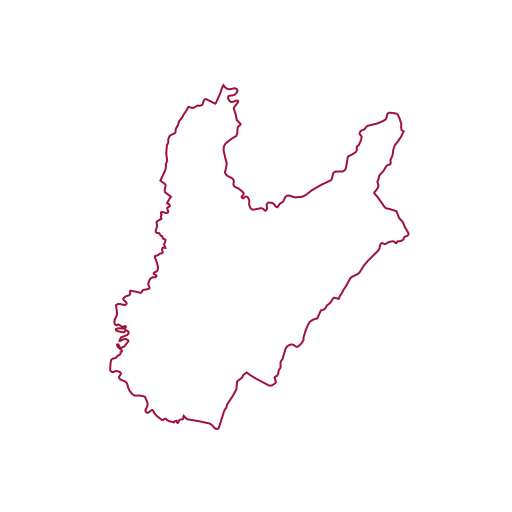 the district of Krong A Na, Đắk Lắk, Vietnam, rotated 115°
{"feature_id": "81297802B38165084831058", "entity_name": "Krong A Na", "entity_type": "district", "adm_level": 2, "iso_a3": "VNM", "parent_name": "Vietnam", "parent_adm1": "Đắk Lắk", "projection": "orthographic", "projection_center": [108.03, 12.494], "detail": "fine", "context": "isolated", "style": "outline", "palette": "rose", "viewbox_px": 512, "rotation_deg": 115, "n_neighbors": 0, "source": "geoboundaries", "source_scale": "gbopen_adm2", "svg_char_len": 6140}
<svg xmlns="http://www.w3.org/2000/svg" viewBox="0 0 512 512"><g transform="rotate(115 256 256)"><path d="M80.6,174.9L80.6,176.5L80.2,177.4L77.8,179.0L74.9,180.1L70.5,184.2L68.3,186.8L67.6,188.5L68.0,190.6L69.5,195.1L70.1,196.1L70.9,196.7L72.0,196.9L75.7,196.1L77.5,196.2L80.0,197.9L85.0,202.5L90.6,209.6L92.0,210.5L95.4,211.3L98.1,213.7L98.9,214.0L100.3,214.1L101.5,213.8L102.0,213.1L102.3,212.0L103.5,210.5L106.6,209.8L112.1,209.7L113.8,210.7L114.9,210.8L117.0,209.4L119.5,209.4L123.1,211.6L126.5,214.4L127.7,214.6L137.9,211.7L140.5,211.7L142.7,213.1L145.9,219.7L146.8,220.4L147.9,220.9L149.2,220.9L154.7,219.8L155.9,220.3L164.0,227.0L172.9,233.2L179.3,236.4L182.1,238.5L183.4,240.2L186.3,245.2L187.2,251.5L188.4,253.6L190.8,254.5L194.5,254.3L195.5,254.5L198.6,256.5L202.7,257.1L202.9,258.2L202.7,259.4L201.4,261.4L201.1,263.0L201.2,264.2L202.3,267.3L203.1,267.8L204.5,268.1L205.5,267.9L206.9,266.7L208.3,266.0L210.5,266.1L210.9,266.5L211.0,267.4L210.4,268.9L210.3,271.4L214.9,277.6L215.4,278.7L215.2,280.8L213.7,282.6L212.0,284.2L209.7,284.9L208.2,285.8L206.8,287.4L206.2,288.5L206.1,289.6L206.6,290.7L207.5,291.3L208.9,291.7L209.3,292.4L209.1,293.4L208.3,294.1L205.9,293.4L204.3,293.7L203.7,294.7L202.3,299.9L202.1,300.9L202.4,303.8L201.9,305.4L200.8,306.7L197.5,307.7L196.2,309.1L195.6,311.2L195.4,315.7L195.0,317.3L193.9,319.0L192.9,319.6L188.2,320.5L184.1,321.8L181.0,324.6L174.5,329.6L172.6,330.7L169.9,331.4L167.2,331.2L164.3,329.9L159.8,327.5L155.5,324.6L152.6,324.9L147.4,326.9L146.4,326.9L143.7,325.6L143.0,325.8L142.6,326.3L140.9,330.9L136.3,334.2L132.0,338.3L130.8,338.8L125.0,337.4L123.9,337.3L123.1,337.7L123.0,338.3L123.4,339.4L125.9,341.9L127.0,343.7L126.4,346.1L124.6,348.2L122.7,348.5L122.4,348.3L119.7,344.3L118.7,343.4L115.3,342.4L113.5,342.9L112.9,343.8L112.9,346.2L115.9,350.1L116.5,351.4L116.6,353.4L116.2,355.5L115.0,357.7L118.7,357.8L123.1,357.2L134.2,357.0L135.2,357.4L134.9,367.0L135.2,368.1L135.8,368.8L136.6,369.0L141.3,368.5L142.5,369.2L143.8,370.8L144.3,372.5L148.1,375.2L148.8,376.5L149.4,380.3L153.1,380.5L158.7,381.4L161.0,381.4L166.6,382.7L170.1,382.0L174.3,382.4L176.0,382.1L177.5,381.3L179.0,381.4L182.4,384.4L184.0,385.0L187.1,384.9L190.4,383.4L193.1,383.6L201.0,380.7L207.2,376.7L210.8,376.6L213.5,375.2L216.3,374.5L228.1,374.5L229.4,368.5L230.2,367.7L235.0,366.6L236.5,365.6L237.0,364.0L238.2,358.1L239.8,358.5L245.7,358.9L246.1,355.9L247.2,355.1L249.9,356.8L251.4,355.8L252.7,354.3L253.8,354.2L255.0,355.5L255.8,360.0L256.6,360.5L257.7,360.1L258.3,359.1L259.6,359.1L261.1,358.6L262.2,357.4L266.7,360.5L267.5,360.3L269.5,358.9L271.6,358.1L275.3,357.6L276.3,357.1L277.0,355.8L276.3,353.3L277.8,351.0L277.7,349.5L279.5,347.7L279.4,345.0L280.4,344.5L284.4,344.2L286.9,341.6L288.0,344.1L290.1,343.9L291.6,342.3L293.0,342.1L294.8,344.4L296.5,345.0L298.8,347.5L300.3,346.8L303.1,343.7L307.1,340.3L309.6,339.3L311.7,339.3L313.7,341.0L314.9,341.5L315.5,341.0L315.6,338.2L316.4,337.7L317.9,338.2L319.0,340.9L321.8,342.3L324.9,342.3L327.4,341.7L328.9,339.7L330.1,339.0L331.2,339.4L334.5,343.9L335.8,344.4L337.3,344.4L338.1,344.9L340.3,354.8L341.1,355.3L343.6,354.0L345.1,354.2L347.4,356.8L350.4,358.4L351.3,358.1L352.2,356.3L352.9,353.8L354.0,353.1L355.2,353.5L356.3,355.3L356.8,358.3L357.6,360.6L359.7,362.1L366.3,357.9L368.8,357.0L373.5,357.2L375.8,356.4L377.2,355.3L377.9,354.1L377.4,352.8L376.5,352.3L376.2,351.0L376.8,347.1L376.4,346.4L375.2,345.7L374.8,345.0L375.0,344.1L375.6,343.9L377.5,344.3L379.2,349.3L380.3,351.1L381.7,352.0L382.6,351.3L382.3,348.2L381.1,343.8L380.5,343.1L378.6,342.9L378.2,342.5L378.4,340.0L379.0,339.1L380.1,338.8L382.0,339.3L386.9,344.0L390.6,343.9L390.5,343.2L387.8,341.4L386.3,339.0L386.3,336.7L387.2,335.6L393.6,337.1L396.3,339.4L396.4,340.5L396.0,341.4L394.4,343.2L394.4,343.9L395.0,344.4L395.6,344.3L396.9,342.7L398.1,337.9L398.7,337.3L399.5,337.3L400.5,338.1L402.0,337.5L402.9,337.7L405.6,339.5L407.4,339.9L409.5,342.3L411.2,343.3L414.4,342.6L420.8,340.1L421.5,339.4L422.0,338.3L421.8,336.5L419.6,334.6L418.9,332.9L418.7,330.0L419.1,329.2L419.9,328.7L423.6,329.0L424.3,328.6L425.2,327.0L425.1,322.1L425.3,320.3L426.3,318.7L429.4,316.2L431.6,313.6L433.5,309.6L433.8,306.8L431.7,302.7L430.6,298.6L430.6,297.1L434.5,292.7L436.4,291.4L437.9,291.1L442.5,291.1L444.0,289.7L444.0,288.0L443.2,287.2L440.5,285.9L439.6,285.1L439.3,284.5L441.2,281.9L442.8,278.7L444.4,271.9L444.1,271.0L442.4,270.2L441.6,269.1L442.3,267.1L442.4,265.2L442.3,263.8L441.5,261.2L441.6,260.1L439.7,259.5L439.0,258.5L439.1,257.6L440.2,257.4L440.5,256.5L439.8,256.2L437.3,256.2L436.4,255.6L434.8,253.5L433.8,253.2L432.2,254.0L431.4,254.0L432.7,250.7L432.9,248.9L429.8,237.7L427.4,227.1L428.3,222.9L429.3,221.4L429.6,219.5L428.8,217.5L427.4,217.1L412.0,219.1L408.6,219.4L406.1,218.8L402.9,219.4L392.4,217.9L385.2,217.4L378.4,219.9L377.0,219.9L373.3,217.8L372.1,217.3L369.0,217.2L365.4,215.1L366.4,211.1L367.2,203.5L367.9,189.4L366.9,187.2L364.5,185.5L362.7,184.7L361.5,184.8L358.6,187.7L357.4,187.7L355.7,186.3L353.2,186.1L351.0,186.9L349.4,187.0L346.8,186.6L342.0,188.8L340.0,188.9L338.4,188.4L328.1,190.0L325.3,189.8L323.0,188.6L321.1,186.4L320.7,184.6L321.2,181.9L321.1,180.5L319.5,179.2L316.3,178.0L312.2,177.4L310.3,178.4L302.7,179.5L296.7,179.8L292.8,179.4L289.7,177.5L286.6,174.1L278.0,174.2L275.7,171.8L274.2,171.1L270.8,170.8L267.5,169.1L265.9,168.7L262.6,168.4L260.8,167.6L259.8,162.8L256.6,163.1L253.2,162.5L250.4,162.5L244.5,161.6L236.6,161.2L234.6,160.4L229.3,156.1L227.2,155.2L219.0,154.2L212.9,152.5L200.5,147.9L197.4,147.2L194.0,148.1L191.9,148.0L191.2,147.5L190.9,146.9L190.9,144.5L190.2,143.5L188.5,142.6L186.2,140.3L184.9,138.3L184.6,137.0L185.2,134.9L185.1,134.3L183.0,133.9L181.5,131.5L180.2,130.2L178.7,129.5L176.4,129.6L175.4,129.1L173.7,127.3L172.7,127.0L171.0,127.3L167.7,132.2L163.1,137.5L161.2,142.2L156.0,147.8L157.0,155.0L157.8,158.4L157.4,159.9L151.0,171.1L149.1,175.5L148.1,175.6L145.0,174.7L142.3,174.4L140.5,174.7L137.3,177.4L134.2,177.5L131.3,178.2L130.2,178.1L125.5,176.5L119.1,175.8L118.1,175.2L116.3,173.2L115.2,173.1L114.0,173.6L112.5,174.7L107.1,174.8L101.5,176.5L97.1,177.0L91.6,175.7L86.2,174.9L80.6,174.9Z" fill="none" stroke="#9f1239" stroke-width="2"/></g></svg>